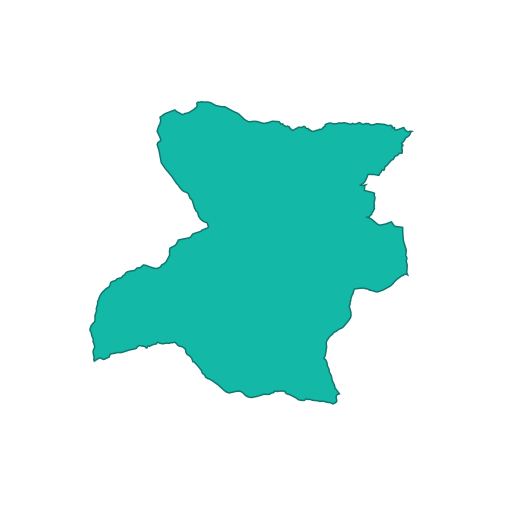 San Pedro De Cartago, Nariño, Colombia, rotated 253°
{"feature_id": "7082276B73573713575428", "entity_name": "San Pedro De Cartago", "entity_type": "district", "adm_level": 2, "iso_a3": "COL", "parent_name": "Colombia", "parent_adm1": "Nariño", "projection": "mercator", "projection_center": [-77.1, 1.539], "detail": "fine", "context": "isolated", "style": "filled", "palette": "teal", "viewbox_px": 512, "rotation_deg": 253, "n_neighbors": 0, "source": "geoboundaries", "source_scale": "gbopen_adm2", "svg_char_len": 6104}
<svg xmlns="http://www.w3.org/2000/svg" viewBox="0 0 512 512"><g transform="rotate(253 256 256)"><path d="M329.6,441.4L330.3,439.9L330.2,438.2L330.9,436.9L332.4,435.8L334.2,435.1L335.5,435.0L335.7,434.4L335.4,428.6L335.4,427.3L335.9,425.9L336.5,425.6L338.2,426.0L338.5,425.8L338.4,424.1L338.6,423.7L339.9,424.1L340.5,424.0L341.2,423.6L341.7,422.8L342.0,420.4L344.2,417.5L347.1,410.4L347.3,405.3L348.0,403.9L350.0,401.9L350.1,400.4L350.7,399.7L350.4,397.4L351.0,396.2L353.4,393.9L353.0,389.4L353.6,388.1L354.6,387.3L354.2,385.1L354.3,384.7L356.5,381.5L357.5,379.6L358.2,376.0L359.0,374.4L358.9,372.8L359.5,369.2L361.5,365.9L361.6,365.1L361.7,362.3L361.4,360.6L359.9,360.0L359.6,359.6L359.6,358.5L357.9,355.7L358.6,353.7L358.1,351.9L358.6,350.8L358.3,349.7L358.5,346.8L358.9,345.9L360.7,344.5L361.0,343.6L362.1,343.5L362.6,343.2L362.8,342.3L363.7,340.9L364.9,340.8L365.8,340.1L366.0,339.3L365.5,337.4L366.7,334.6L365.5,328.7L365.2,327.9L367.8,326.1L370.0,325.4L370.1,325.0L371.0,324.2L371.0,322.8L371.2,322.3L373.4,320.3L374.4,320.3L374.7,319.8L374.9,318.2L377.3,317.6L377.9,316.9L380.1,311.1L380.0,307.0L380.4,302.6L381.2,300.9L384.3,296.4L385.0,294.7L385.8,291.8L386.4,288.4L388.6,286.0L390.3,284.7L397.0,280.9L397.9,280.1L401.0,276.5L407.5,270.2L408.1,269.1L409.0,266.4L411.2,262.3L412.1,261.1L415.9,257.4L417.4,254.8L418.4,251.1L419.4,249.1L419.6,246.7L420.0,245.7L419.9,244.7L419.4,244.1L416.7,243.6L415.8,242.9L415.2,241.5L414.1,238.8L412.8,233.9L412.7,232.2L413.1,229.8L412.7,228.4L412.6,227.4L413.6,225.9L415.7,224.2L416.7,222.8L419.4,221.1L418.8,211.5L418.2,208.5L417.6,207.5L416.8,204.8L413.4,204.5L410.6,202.9L408.5,200.9L404.2,197.9L397.4,198.9L394.5,198.8L394.0,198.5L394.0,197.5L392.9,195.1L391.5,194.1L385.1,194.1L373.0,192.7L366.2,194.8L356.7,198.8L348.5,201.3L346.7,202.3L344.2,203.0L341.1,204.3L338.9,205.8L337.0,208.3L335.5,209.4L333.8,209.7L330.8,209.7L328.1,211.2L327.2,211.3L320.1,211.2L316.4,211.9L314.8,213.0L310.9,212.7L308.0,213.6L305.8,214.7L303.9,216.5L301.9,219.1L299.2,219.0L297.9,219.3L297.0,218.0L296.5,211.8L295.7,210.4L295.6,202.2L295.3,201.6L293.3,199.1L292.9,197.7L294.0,186.6L290.1,182.6L289.5,180.9L288.8,176.4L288.4,175.9L286.3,174.8L282.2,173.7L280.8,172.5L276.5,168.1L275.5,165.6L275.0,163.0L274.5,162.5L273.8,162.3L273.3,160.6L273.0,158.1L273.5,156.0L276.5,151.5L279.3,147.9L280.3,145.8L280.3,145.4L278.7,142.2L278.8,141.1L279.2,139.7L279.1,138.1L278.0,136.7L277.7,135.6L278.4,130.9L278.5,128.2L278.0,126.7L276.5,125.0L276.0,123.1L274.6,120.8L274.8,118.3L274.7,116.4L273.5,114.2L273.7,111.9L273.4,109.7L272.8,109.1L270.8,107.8L269.5,106.5L268.4,102.7L266.0,98.1L264.3,96.0L262.2,94.0L261.5,93.4L260.7,93.2L259.1,91.5L258.4,91.1L256.4,90.5L252.4,87.9L250.0,87.4L246.2,84.6L242.9,83.7L240.8,82.9L239.8,81.7L239.1,80.0L237.2,77.7L234.5,75.8L233.2,75.5L231.7,76.0L227.8,75.7L223.8,76.1L221.9,75.1L221.0,75.3L216.6,75.3L215.7,74.9L213.6,73.0L212.2,72.3L209.9,71.8L206.1,71.6L204.5,70.6L202.7,70.6L204.2,75.8L204.2,76.8L203.6,77.9L201.7,79.7L201.6,81.1L202.3,86.0L204.2,87.3L204.8,88.5L204.2,93.0L204.2,95.0L203.0,99.1L203.1,107.9L202.6,113.2L202.8,114.8L204.1,116.4L204.4,117.9L204.3,118.7L203.3,120.5L202.2,123.0L201.6,123.5L200.5,123.8L200.1,124.3L200.1,125.2L201.6,126.0L201.5,126.8L200.8,127.9L201.4,131.2L201.1,135.2L202.0,135.9L202.2,137.0L200.7,138.5L199.3,141.1L198.8,145.3L197.9,147.2L197.9,149.5L197.4,151.2L197.4,153.2L195.2,154.5L193.8,154.9L192.3,156.2L190.6,159.2L188.4,160.8L187.1,161.2L184.7,160.8L182.2,161.3L179.7,163.4L177.7,164.4L176.2,164.7L173.7,164.7L173.2,164.9L172.8,165.9L168.5,168.0L163.0,170.2L159.5,170.5L156.8,172.3L155.3,172.3L154.7,172.5L152.9,174.0L151.7,175.8L148.7,178.4L143.7,182.2L136.7,186.3L134.5,188.0L133.7,189.0L132.8,190.6L132.4,197.2L131.6,200.7L130.4,202.4L129.2,203.4L125.8,205.1L124.0,206.7L122.6,208.8L121.9,210.6L121.4,216.4L121.5,222.9L120.0,227.4L119.8,228.6L120.4,230.0L120.2,232.8L120.4,233.3L121.2,233.8L121.4,234.4L120.2,236.7L119.9,239.4L119.2,241.2L118.9,242.9L118.0,244.1L116.7,244.2L115.4,244.9L113.3,248.0L109.1,252.3L106.2,254.6L105.4,255.8L104.4,257.8L103.8,260.0L104.0,260.8L104.8,261.8L104.7,262.2L103.5,263.9L103.4,265.2L103.0,265.9L101.5,267.9L99.5,272.7L98.4,274.4L97.3,278.5L96.0,280.0L93.5,285.0L92.0,286.3L92.5,289.4L93.6,290.8L94.6,291.1L97.0,291.2L98.9,291.9L99.7,293.1L99.8,295.5L107.2,292.8L108.0,293.2L110.6,293.1L114.8,292.5L119.5,293.0L123.7,292.2L126.2,292.7L129.9,292.2L132.8,292.6L134.7,292.6L136.5,292.2L138.3,291.0L140.6,293.1L146.9,296.3L148.6,297.0L151.9,297.6L153.0,298.1L154.0,298.8L156.6,301.7L157.6,303.3L158.8,306.1L160.2,308.2L160.5,310.6L161.7,313.7L161.9,314.9L161.9,316.6L162.7,318.8L166.4,324.6L169.2,328.2L171.0,329.4L174.5,330.3L180.4,330.4L182.2,331.8L184.7,332.7L185.7,333.6L187.7,334.3L190.8,336.7L191.6,337.7L194.8,339.6L195.7,340.6L194.4,347.7L193.7,349.8L192.6,351.3L192.1,353.0L190.0,354.7L189.3,356.5L186.8,360.1L186.2,361.3L186.1,362.9L186.4,367.9L188.0,375.7L189.6,379.1L190.9,380.8L192.5,384.0L194.4,389.3L194.5,391.2L195.0,392.4L195.0,393.3L194.2,394.9L193.6,395.5L196.1,395.3L202.8,397.9L207.2,398.2L209.8,399.7L211.1,399.7L212.4,399.2L217.7,401.5L226.4,401.4L228.3,401.6L235.7,403.2L240.5,404.6L243.6,397.8L244.1,397.1L249.1,395.5L248.7,389.5L249.2,383.5L251.1,381.3L257.0,377.6L258.6,376.2L260.6,373.8L260.5,375.9L261.6,377.4L261.7,378.6L263.2,379.3L264.4,381.0L266.7,383.1L267.1,383.3L267.6,382.8L268.0,382.8L269.2,383.9L271.9,384.3L276.3,386.6L277.6,386.9L279.0,386.7L281.4,387.6L282.8,385.8L287.0,378.8L290.4,380.1L291.4,380.7L291.9,381.7L292.2,378.6L293.2,376.5L293.5,377.0L294.1,379.8L295.0,381.4L297.1,383.7L301.3,387.0L299.3,393.0L297.2,397.1L299.1,398.9L299.8,400.2L301.4,401.7L301.4,402.4L300.7,403.1L300.8,403.8L303.7,405.5L304.4,407.7L307.5,412.6L308.2,414.2L308.2,415.1L308.4,415.7L310.3,417.5L310.7,418.3L311.1,421.2L312.4,423.2L312.4,424.0L311.7,424.9L311.8,425.9L314.7,426.9L315.4,426.4L316.3,427.1L317.8,427.2L318.1,427.5L318.2,428.4L319.0,428.9L319.9,428.7L320.5,428.0L321.3,428.1L321.9,429.8L323.1,431.6L325.5,434.0L325.5,435.3L326.5,437.8L327.3,438.7L329.4,440.5L329.6,441.4Z" fill="#14b8a6" stroke="#0f766e" stroke-width="1.5"/></g></svg>